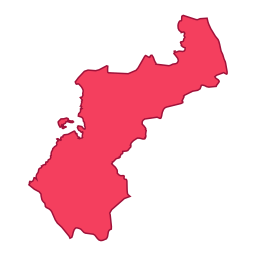 Northern Ostrobothnia, orthographic projection
{"feature_id": "FIN-3180", "entity_name": "Northern Ostrobothnia", "entity_type": "Province", "adm_level": 1, "iso_a3": "FIN", "parent_name": "Finland", "parent_adm1": "", "projection": "orthographic", "projection_center": [26.371, 64.957], "detail": "fine", "context": "isolated", "style": "filled", "palette": "rose", "viewbox_px": 256, "rotation_deg": 0, "n_neighbors": 0, "source": "natural_earth", "source_scale": "10m", "svg_char_len": 5663}
<svg xmlns="http://www.w3.org/2000/svg" viewBox="0 0 256 256"><path d="M207.1,18.2L207.4,19.6L208.0,22.1L208.8,24.4L210.7,28.6L215.3,36.2L218.0,39.5L218.8,41.3L219.6,44.2L220.8,49.8L221.1,51.1L222.5,54.1L222.9,55.2L224.0,58.9L225.3,61.9L225.6,63.2L226.8,70.0L227.1,71.8L227.1,73.4L226.7,74.1L225.6,73.7L223.7,72.6L216.6,75.2L214.8,76.7L215.8,78.2L218.2,79.8L219.2,81.2L218.9,82.2L216.6,85.3L216.2,86.4L208.9,87.1L206.8,86.7L204.6,85.6L202.5,85.1L201.4,85.3L200.1,88.8L197.7,90.3L192.6,91.2L184.6,95.2L183.6,96.1L184.0,96.8L183.7,97.5L182.8,99.4L182.2,100.5L181.8,100.9L181.5,101.0L182.5,101.1L182.7,101.3L182.8,102.6L181.0,103.5L166.4,107.1L164.8,107.9L163.5,109.4L162.4,112.1L162.0,113.8L161.7,115.6L161.3,117.1L160.8,118.2L160.0,118.4L157.1,117.2L144.7,119.0L143.0,120.3L142.2,121.8L142.2,124.2L143.9,125.9L145.4,127.9L145.8,128.8L145.5,129.5L146.2,130.3L146.1,131.0L145.8,132.7L145.6,134.3L145.7,135.0L145.9,135.9L145.8,136.6L145.1,137.3L145.5,137.6L144.9,138.7L144.1,139.0L142.9,139.0L139.3,138.1L137.3,138.1L133.5,140.6L131.5,142.6L130.8,143.7L130.4,145.1L130.9,145.1L130.9,145.5L130.8,146.9L130.2,147.6L129.7,148.1L127.8,150.5L126.5,151.0L122.7,151.4L122.6,152.0L122.8,152.6L122.7,153.1L122.3,153.7L122.0,153.9L121.3,154.1L120.8,154.6L120.5,155.7L120.0,156.6L119.2,157.0L119.3,157.3L119.7,157.5L119.2,157.9L116.8,158.5L116.0,158.9L113.8,161.2L113.4,161.6L112.4,162.0L112.5,162.2L112.5,162.7L112.3,163.0L111.7,163.7L112.4,164.5L115.4,167.3L117.1,170.0L117.3,171.5L117.3,173.2L119.1,175.0L120.0,175.5L121.1,175.7L123.3,175.6L123.8,175.7L124.2,176.2L124.0,178.2L124.2,178.8L125.2,179.3L126.4,179.5L126.9,180.9L127.1,190.1L127.4,193.2L127.9,194.5L130.1,196.4L124.4,198.5L111.7,209.6L109.7,213.1L110.2,214.9L111.4,226.6L111.3,229.1L109.9,229.7L109.1,230.4L108.4,231.7L108.2,232.7L107.6,236.2L107.4,237.0L106.4,238.8L102.8,240.3L100.9,240.6L99.0,240.0L97.5,238.6L94.9,235.2L93.3,234.2L85.3,233.1L83.8,232.3L81.0,229.3L79.4,228.5L76.9,227.8L75.5,228.1L74.2,229.7L73.2,232.4L72.6,235.1L71.8,237.3L70.0,238.2L69.2,236.3L61.8,227.2L57.4,223.1L55.3,219.9L51.8,211.9L50.6,210.1L48.9,208.8L46.2,207.4L45.3,206.3L45.3,205.6L44.8,203.2L43.9,202.4L42.4,200.6L41.8,199.2L41.1,195.9L41.0,194.1L39.2,191.8L34.3,189.2L28.9,184.8L29.5,184.0L29.3,184.0L29.4,182.9L29.6,181.8L30.0,181.3L30.7,181.8L31.1,181.9L32.6,181.1L33.1,180.6L33.4,180.0L34.1,177.7L34.8,177.8L36.1,178.7L36.7,179.3L36.2,177.5L36.2,176.5L36.4,175.3L36.8,174.2L37.8,172.9L38.3,171.8L38.7,169.6L39.0,168.9L39.7,168.3L41.1,167.8L41.6,167.2L41.5,165.9L42.3,166.0L42.7,165.7L43.0,165.2L43.1,165.3L44.4,164.5L45.5,164.6L45.7,164.3L45.8,163.0L45.8,162.4L46.0,162.0L46.4,161.9L47.3,162.1L47.6,161.8L47.9,161.3L48.1,160.4L48.2,160.0L48.9,159.5L49.5,159.4L50.1,158.9L50.7,157.7L50.7,157.1L50.6,156.5L50.5,155.9L51.2,155.4L51.2,154.8L51.1,154.2L51.3,152.6L51.5,151.8L52.4,150.2L52.9,148.4L53.5,148.0L54.5,146.7L55.8,146.0L56.4,145.4L56.9,144.3L56.5,143.2L56.5,142.8L56.9,142.0L58.3,140.8L57.2,139.6L56.8,139.0L57.4,138.7L58.1,138.8L60.5,140.3L60.8,140.3L61.1,139.9L61.1,139.5L60.8,139.0L60.7,138.6L61.0,137.3L61.6,137.0L62.9,136.9L63.1,135.5L64.3,134.8L68.1,134.3L73.7,131.3L74.4,131.1L74.9,131.4L75.4,132.9L75.8,133.7L76.1,133.7L76.5,133.4L76.9,133.7L77.1,135.4L77.6,136.3L78.1,136.8L78.6,137.2L79.4,137.3L79.4,137.7L78.8,137.8L78.3,138.2L79.3,138.7L82.3,137.8L82.6,137.5L82.2,136.2L82.3,135.5L82.8,132.7L82.6,131.8L82.2,131.8L81.8,132.1L81.4,132.3L80.9,131.9L80.1,130.9L78.9,130.4L78.4,129.7L77.4,127.6L78.1,126.6L77.8,126.2L78.4,125.9L81.5,126.5L82.1,126.9L83.1,128.2L83.9,128.8L84.5,129.1L85.1,128.8L85.2,127.8L85.0,126.8L84.7,126.1L84.5,125.4L84.7,124.2L84.4,123.5L84.4,123.2L84.5,122.7L83.4,121.2L83.3,120.5L83.2,119.7L83.1,119.1L82.7,118.2L81.7,117.2L78.3,116.1L78.5,114.5L78.7,113.7L79.8,112.6L80.2,112.0L80.5,111.2L80.6,110.2L80.5,109.1L81.2,109.1L82.0,108.6L81.1,108.1L81.4,107.0L81.6,106.6L81.1,106.2L80.5,106.1L81.0,105.4L81.5,103.1L81.9,102.1L81.5,101.1L81.9,100.8L82.3,100.1L80.3,97.5L80.7,97.3L81.5,97.3L82.0,97.0L83.0,95.1L82.7,93.8L83.2,91.1L83.0,89.8L82.2,88.1L81.3,86.7L79.1,84.3L78.4,83.9L77.6,83.9L76.9,84.2L76.2,84.0L75.5,82.8L75.3,81.7L76.2,80.7L78.4,77.7L84.4,71.3L88.0,70.1L95.7,70.7L99.1,69.8L106.7,65.8L107.8,66.2L107.6,69.1L107.6,71.1L107.8,72.3L108.5,72.8L128.2,73.7L136.1,70.3L138.1,67.9L144.8,56.2L145.7,55.5L148.9,57.3L149.4,57.4L150.0,56.9L149.8,56.7L150.8,55.4L151.9,55.2L153.3,57.3L154.5,60.7L155.2,62.1L156.0,63.3L155.9,64.2L168.8,65.7L170.2,65.4L172.9,64.1L175.7,63.7L177.1,63.0L178.1,61.4L178.3,60.3L177.7,58.3L175.1,54.9L174.5,54.3L173.9,53.5L174.1,53.2L174.5,53.0L174.2,51.2L175.0,51.0L175.0,51.9L175.7,52.1L176.4,52.0L179.0,51.1L182.8,51.5L184.2,51.0L184.7,50.5L185.1,49.3L185.1,47.7L184.2,47.5L183.2,47.1L181.3,45.6L181.6,44.9L180.9,43.5L180.5,42.3L180.8,41.9L182.2,41.7L183.1,41.2L183.5,40.8L183.7,39.8L183.7,39.3L184.0,38.6L184.9,37.5L184.9,37.0L184.1,36.1L184.0,35.7L184.7,33.7L184.8,33.3L184.3,33.1L184.2,32.9L184.3,32.4L183.9,32.0L183.4,31.9L182.7,32.1L181.6,32.6L181.2,32.6L181.3,31.9L180.1,31.2L179.0,30.1L178.2,28.3L178.0,25.8L178.2,24.1L178.7,22.7L179.2,21.7L179.8,21.0L180.2,20.9L181.1,20.8L181.5,20.5L181.6,19.6L181.8,16.7L181.9,16.2L183.2,15.4L196.1,19.6L197.6,19.7L200.1,18.7L207.1,18.2ZM71.4,121.0L72.7,120.9L73.5,121.9L72.5,122.6L70.4,122.5L67.8,121.7L66.0,121.8L65.4,123.2L62.9,124.6L63.8,126.7L65.7,126.5L66.1,126.9L65.8,127.3L64.7,127.4L64.4,127.6L64.0,128.1L63.8,128.3L63.2,128.5L62.6,128.4L62.2,127.9L62.5,126.8L62.1,125.8L61.7,125.1L60.9,126.9L60.1,127.2L59.0,125.3L58.5,124.1L58.1,122.0L58.8,121.1L61.0,118.9L63.7,118.8L66.6,118.0L68.1,118.6L68.5,119.7L67.7,120.2L68.0,120.7L68.7,120.6L71.4,121.0Z" fill="#f43f5e" stroke="#9f1239" stroke-width="1.5"/></svg>